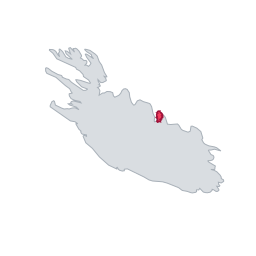 Grýtubakkahreppur, Norðurland eystra, Iceland shown in context, rotated 37°
{"feature_id": "244011B60639573794911", "entity_name": "Grýtubakkahreppur", "entity_type": "district", "adm_level": 2, "iso_a3": "ISL", "parent_name": "Iceland", "parent_adm1": "Norðurland eystra", "projection": "robinson", "projection_center": [-18.134, 65.987], "detail": "fine", "context": "in_parent", "style": "filled", "palette": "rose", "viewbox_px": 256, "rotation_deg": 37, "n_neighbors": 0, "source": "geoboundaries", "source_scale": "gbopen_adm2", "svg_char_len": 5529}
<svg xmlns="http://www.w3.org/2000/svg" viewBox="0 0 256 256"><g transform="rotate(37 128 128)"><path d="M197.3,94.4L199.5,94.5L203.3,93.6L208.6,91.0L210.8,90.4L216.0,90.4L209.8,92.9L207.5,95.7L205.8,97.0L205.8,97.6L210.3,99.3L212.5,98.7L213.4,99.0L214.3,99.7L214.9,101.3L214.6,102.9L213.3,104.6L211.6,105.9L211.9,106.4L213.3,106.6L220.6,105.8L221.5,107.8L222.1,108.4L222.0,109.1L219.1,111.2L222.5,109.9L225.2,109.5L229.9,110.2L231.8,111.0L233.0,112.3L235.3,111.9L236.4,112.7L236.4,113.5L235.5,115.8L232.8,116.9L234.5,118.6L235.9,118.6L236.1,119.0L236.0,120.0L233.9,121.1L237.5,122.4L238.0,122.9L237.8,124.4L237.2,125.2L236.2,125.7L233.6,125.8L232.1,126.3L232.7,127.3L232.2,129.9L230.3,132.0L228.5,133.1L226.7,133.8L221.6,133.0L221.8,134.9L220.0,136.0L220.4,136.9L221.0,137.4L220.8,138.6L218.5,141.1L216.9,141.9L213.6,142.9L208.9,145.2L204.2,145.2L192.5,148.4L187.9,150.2L179.6,155.5L176.1,156.8L170.1,157.5L152.1,161.0L150.0,163.0L150.0,163.5L150.8,164.3L149.4,165.8L146.7,166.8L145.4,166.8L143.1,165.9L142.8,166.4L143.7,167.5L134.9,169.3L122.6,168.3L111.8,165.7L103.2,165.2L97.2,161.7L97.0,161.1L97.7,160.0L99.9,159.6L98.9,158.5L95.2,160.4L94.0,160.3L92.5,159.5L92.4,158.8L89.4,158.5L84.1,156.2L83.8,155.7L85.0,155.0L84.8,154.8L81.9,154.9L77.7,157.0L53.1,157.9L52.3,156.8L51.4,152.7L52.3,150.9L53.4,151.1L56.2,153.4L62.8,152.1L65.5,151.3L68.0,149.0L69.5,148.3L71.5,145.5L73.6,143.7L77.8,142.9L74.1,142.4L67.8,144.7L65.7,144.7L66.7,143.7L68.9,142.6L67.4,142.5L66.9,142.0L66.9,141.0L68.0,139.3L75.4,136.2L73.7,135.7L68.6,138.0L64.9,138.8L61.9,137.7L60.5,136.3L60.6,135.7L62.4,133.9L62.1,133.5L60.9,133.3L57.8,131.7L52.6,131.8L40.0,130.9L30.3,133.2L28.0,132.1L26.2,129.8L26.7,128.9L28.4,128.4L33.0,128.5L40.0,127.4L43.2,126.1L44.4,126.4L44.9,127.0L49.2,126.0L51.5,124.9L55.3,125.5L69.6,124.9L71.5,123.4L72.3,121.6L72.0,121.3L66.7,122.9L65.5,122.9L59.4,122.0L57.3,121.0L58.0,120.3L61.3,118.6L69.6,115.8L70.8,115.2L70.9,114.6L67.7,113.4L61.5,113.7L60.0,112.3L54.9,111.4L51.5,112.0L49.7,111.1L29.5,115.6L23.1,113.5L18.4,113.2L18.0,112.5L20.9,110.6L22.7,110.2L24.6,110.4L28.1,111.8L30.5,112.2L27.5,110.2L27.5,108.3L26.5,107.8L25.7,106.5L26.1,106.0L29.7,106.3L35.5,108.6L38.4,108.2L42.2,106.7L33.9,105.9L31.4,104.2L33.3,103.3L37.6,103.4L32.9,100.3L32.7,99.8L33.6,98.5L39.6,99.6L36.5,97.9L36.4,97.5L37.3,97.1L37.9,96.0L39.4,95.6L42.4,96.0L47.1,98.0L47.7,98.6L47.8,100.7L49.7,100.4L51.9,100.7L53.8,99.3L55.1,99.6L56.0,100.9L55.8,103.7L57.1,102.7L59.3,102.6L59.7,100.3L59.4,98.5L52.3,96.3L49.5,94.8L49.8,94.2L51.3,93.8L58.8,93.4L55.6,92.5L54.8,91.5L49.1,91.9L46.3,91.5L46.2,91.0L47.4,90.3L50.9,88.9L57.5,88.7L60.1,89.1L65.1,92.3L69.1,93.6L75.8,97.9L80.1,99.6L80.3,100.0L79.6,100.5L77.9,101.1L80.4,101.8L82.0,103.0L82.1,103.5L80.5,106.9L78.9,108.1L74.8,107.4L75.8,108.5L78.6,109.7L79.3,110.4L78.8,111.0L80.2,110.8L80.6,111.2L79.9,113.2L79.2,113.9L81.6,114.3L83.2,115.2L85.2,119.2L86.3,116.2L86.9,115.0L87.9,114.6L89.2,111.5L91.9,109.7L94.5,109.0L97.0,111.1L98.9,111.4L101.0,107.5L101.3,104.7L100.7,101.6L101.1,99.4L102.4,98.1L104.1,97.7L107.7,99.0L110.7,102.1L115.2,105.4L118.4,106.3L118.9,106.2L119.5,105.1L119.1,100.7L120.6,98.3L124.4,97.7L130.0,95.6L131.3,95.5L134.1,96.8L139.1,101.2L142.7,103.2L144.6,106.5L145.4,107.1L146.2,106.1L146.3,104.7L141.9,97.9L141.9,96.9L142.3,96.2L150.1,96.6L151.8,97.3L157.2,101.2L159.9,99.6L165.1,95.0L166.9,95.2L171.4,97.0L173.2,96.9L178.5,95.2L179.6,93.1L177.3,88.7L178.2,87.8L183.0,86.7L188.3,87.0L193.8,91.0L194.0,92.9L197.3,94.4Z" fill="#d9dde1" stroke="#a8b0b8" stroke-width="1"/><path d="M147.1,105.4L148.3,105.5L148.4,105.4L148.3,105.2L148.2,105.0L148.1,104.5L148.2,104.4L148.6,104.2L149.7,103.7L149.4,103.6L149.5,103.5L149.6,103.4L149.7,103.0L149.7,102.9L149.8,102.6L149.6,102.0L149.4,102.0L149.1,102.0L148.9,102.0L148.8,101.9L148.7,101.9L148.3,101.8L148.4,101.5L148.6,101.2L148.8,101.0L149.1,100.8L149.1,100.7L149.3,100.6L149.2,100.5L149.2,100.4L149.3,100.4L149.3,100.2L149.2,100.1L149.1,99.8L149.1,99.7L148.8,99.5L148.9,99.4L148.8,99.2L149.0,99.0L149.1,98.9L149.3,98.7L149.2,98.6L148.9,98.5L148.6,98.5L148.5,98.4L148.2,98.2L147.8,98.1L147.8,97.9L148.0,97.8L148.0,97.7L147.9,97.7L148.0,97.6L148.4,97.5L148.3,97.4L148.2,97.3L148.1,97.2L147.9,97.1L147.9,96.9L147.7,96.9L147.4,96.8L147.4,96.7L147.5,96.6L147.4,96.5L147.2,96.5L146.9,96.6L146.7,96.6L146.6,96.4L146.7,96.2L146.4,96.0L146.2,96.0L145.9,96.0L145.8,96.3L145.7,96.3L145.4,96.3L145.3,96.2L145.2,96.1L145.2,95.9L144.9,95.9L144.7,95.9L144.3,95.9L144.2,95.8L143.9,95.8L143.5,95.8L143.4,95.8L143.2,95.8L142.9,95.8L142.9,95.7L142.8,95.8L142.7,95.8L142.6,96.0L142.4,96.0L142.2,96.2L142.0,96.4L142.0,96.5L141.9,96.6L141.9,96.9L141.9,97.0L141.8,97.3L141.9,97.5L142.0,97.5L142.1,97.8L142.2,98.0L142.3,98.1L142.3,98.3L142.2,98.4L142.3,98.4L142.2,98.5L142.3,98.6L142.3,98.8L142.2,98.8L142.3,98.8L142.4,99.0L142.5,99.0L142.5,99.3L142.7,99.5L142.7,99.8L142.8,100.0L143.0,100.2L143.0,100.3L143.2,100.5L143.3,100.6L143.5,100.8L143.7,101.0L143.8,101.1L144.0,101.1L144.2,101.3L144.4,101.4L144.5,101.4L144.5,101.5L144.4,101.7L144.2,101.8L144.1,102.0L144.2,102.3L144.4,102.4L144.4,102.5L144.5,102.5L144.9,102.7L145.0,102.7L144.9,102.7L145.0,102.6L145.5,102.7L145.4,102.6L145.2,102.4L145.3,102.4L145.5,102.4L145.4,102.3L145.5,102.3L145.5,102.5L145.8,102.8L145.9,103.0L146.0,103.0L146.3,103.1L146.5,103.2L146.4,103.2L146.2,103.2L146.5,103.4L146.6,103.5L146.7,103.8L146.8,103.9L146.8,104.0L147.0,104.2L147.0,104.3L147.1,104.5L146.9,104.6L146.9,104.8L147.0,104.9L147.2,105.0L147.0,105.3L147.1,105.4Z" fill="#f43f5e" stroke="#9f1239" stroke-width="1.5"/></g></svg>